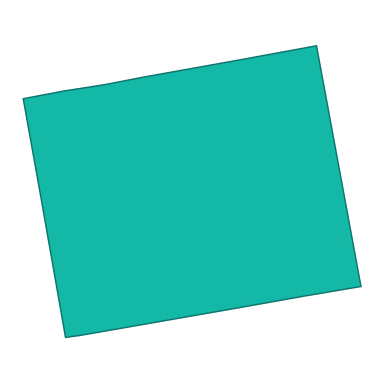 outline of Price, Wisconsin, United States of America, rotated 260°
{"feature_id": "52423323B96730410182641", "entity_name": "Price", "entity_type": "district", "adm_level": 2, "iso_a3": "USA", "parent_name": "United States of America", "parent_adm1": "Wisconsin", "projection": "equal_earth", "projection_center": [-90.356, 45.68], "detail": "fine", "context": "isolated", "style": "filled", "palette": "teal", "viewbox_px": 384, "rotation_deg": 260, "n_neighbors": 0, "source": "geoboundaries", "source_scale": "gbopen_adm2", "svg_char_len": 316}
<svg xmlns="http://www.w3.org/2000/svg" viewBox="0 0 384 384"><g transform="rotate(260 192 192)"><path d="M69.6,342.0L314.4,340.0L313.8,253.8L313.6,166.7L312.9,123.4L313.7,84.0L313.2,42.0L214.4,42.3L70.8,42.2L70.2,56.3L69.9,212.5L70.0,284.4L69.6,342.0Z" fill="#14b8a6" stroke="#0f766e" stroke-width="1.5"/></g></svg>